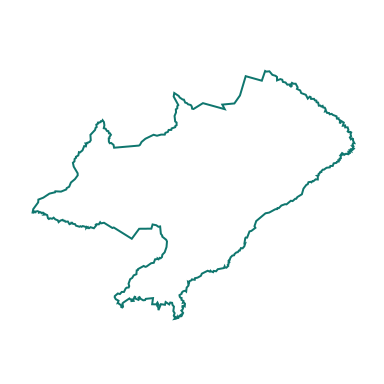 the district of Curuzú Cuatiá, Corrientes, Argentina, rotated 96°
{"feature_id": "61730980B48951068830804", "entity_name": "Curuzú Cuatiá", "entity_type": "district", "adm_level": 2, "iso_a3": "ARG", "parent_name": "Argentina", "parent_adm1": "Corrientes", "projection": "albers", "projection_center": [-58.213, -29.735], "detail": "fine", "context": "isolated", "style": "outline", "palette": "teal", "viewbox_px": 384, "rotation_deg": 96, "n_neighbors": 0, "source": "geoboundaries", "source_scale": "gbopen_adm2", "svg_char_len": 5975}
<svg xmlns="http://www.w3.org/2000/svg" viewBox="0 0 384 384"><g transform="rotate(96 192 192)"><path d="M319.1,193.9L318.7,192.4L317.1,192.1L315.5,190.4L316.8,190.3L316.6,189.5L313.2,188.2L311.0,190.2L310.1,189.2L308.2,188.7L307.4,189.6L306.4,189.5L306.4,188.5L305.8,188.1L306.3,187.3L303.9,187.3L302.7,188.5L303.1,189.5L301.3,189.1L300.3,191.2L298.5,191.3L298.4,192.3L297.5,193.2L295.9,193.7L294.3,191.7L293.0,191.6L291.6,190.3L290.9,188.4L291.6,187.4L287.6,187.3L285.4,185.7L282.0,186.5L282.7,185.4L281.0,185.3L279.8,183.2L278.9,182.9L279.0,180.1L277.4,180.0L276.6,177.5L274.4,174.4L272.2,173.7L268.7,168.2L269.3,166.1L268.6,165.6L269.2,165.3L268.9,164.5L269.5,162.6L268.2,162.1L268.3,159.7L266.1,158.3L264.3,152.3L262.6,151.8L263.6,151.3L263.7,149.9L261.7,148.2L260.8,148.8L259.8,148.1L258.6,148.3L258.1,147.6L256.8,148.5L255.9,148.0L256.3,147.6L253.0,146.8L251.0,145.2L250.5,143.5L249.2,143.2L247.4,141.5L247.1,140.2L245.3,139.2L245.3,138.4L242.7,137.5L242.7,135.8L240.6,134.3L238.1,133.8L238.5,134.3L237.9,134.5L232.4,134.2L231.7,133.8L231.6,132.4L225.2,130.7L224.5,128.9L221.0,125.2L219.5,126.3L214.2,125.1L205.5,116.7L204.4,113.1L200.4,107.3L200.1,105.6L199.0,105.3L199.0,104.0L196.1,101.7L194.4,98.2L194.4,96.7L190.4,92.8L190.5,91.0L187.9,88.6L187.8,87.6L186.0,86.7L182.8,82.5L177.0,81.5L172.9,79.0L172.2,77.7L170.1,77.2L169.5,75.2L169.9,74.2L168.5,73.3L168.6,72.4L166.5,70.4L166.4,68.2L163.0,68.5L162.7,69.1L162.2,67.8L160.6,67.9L160.1,67.0L158.9,66.7L158.6,65.5L157.9,65.6L156.1,64.3L156.0,63.2L153.8,60.7L153.1,57.5L151.6,57.1L151.4,54.8L148.7,54.1L147.9,51.4L146.9,51.1L146.3,49.3L145.1,49.8L144.6,48.4L143.4,48.7L142.9,47.5L140.8,47.9L139.8,47.1L139.8,48.1L137.6,46.8L137.8,46.4L139.4,47.1L138.5,44.9L139.1,44.5L137.9,42.9L138.1,40.4L137.4,39.9L137.0,40.5L136.6,39.9L136.1,40.2L136.3,39.2L134.4,39.7L134.7,38.7L134.1,39.2L132.9,38.7L132.7,37.9L133.4,37.8L132.8,37.2L133.4,36.9L132.0,35.6L131.5,36.6L130.4,36.5L129.7,37.3L129.6,36.3L127.9,37.3L126.4,36.7L126.4,35.7L124.1,37.2L122.4,37.4L122.0,38.4L123.0,39.5L121.2,40.7L119.9,39.6L117.8,40.4L116.1,39.9L115.7,40.7L116.1,42.6L115.5,43.5L113.9,42.9L111.4,44.0L111.7,46.4L109.8,46.7L110.3,48.9L107.1,48.3L105.9,50.8L107.7,51.6L107.6,52.2L105.2,52.3L104.3,53.9L103.4,54.0L103.8,55.6L101.6,56.2L100.6,60.0L99.7,61.3L100.3,63.2L99.1,64.0L99.2,66.0L97.5,67.1L97.9,68.1L95.9,67.7L94.3,68.7L94.2,70.4L92.7,71.1L93.5,72.3L92.6,73.4L92.9,74.9L89.9,75.9L89.7,77.5L88.1,77.9L88.0,79.4L86.6,80.4L87.0,83.3L85.1,84.0L84.9,84.9L87.0,86.6L83.4,89.0L82.2,93.7L79.7,95.0L78.5,98.4L76.8,97.9L73.5,100.2L73.7,102.4L73.0,104.0L73.8,104.4L76.1,103.9L76.8,104.6L76.2,105.6L74.8,105.8L75.3,108.4L73.3,110.4L73.0,113.1L70.9,114.0L70.5,115.9L72.1,119.1L68.7,119.5L67.7,121.1L67.1,124.3L63.9,127.6L64.5,130.7L64.0,131.9L74.0,134.2L71.2,150.7L91.0,154.4L99.5,159.1L101.9,171.0L106.2,168.1L102.5,190.4L109.3,199.2L109.1,200.6L106.9,201.2L105.6,202.4L105.2,205.1L104.1,206.4L103.8,208.1L101.0,209.7L101.0,211.0L99.3,214.1L97.9,215.2L95.4,220.0L99.0,220.2L107.0,214.7L108.2,215.6L110.4,215.4L111.5,216.7L114.5,216.2L118.2,217.3L123.6,216.1L124.5,214.6L127.2,214.3L128.2,215.5L129.3,215.5L130.9,218.9L132.4,219.1L132.7,221.7L134.8,222.3L135.9,224.6L137.8,225.1L138.1,228.6L139.7,232.7L139.1,236.2L143.9,243.9L147.5,247.4L150.6,248.7L151.4,249.7L156.1,274.1L153.3,275.0L151.7,277.5L152.1,278.9L150.7,279.9L147.4,280.4L147.1,279.7L145.9,279.9L143.6,278.6L142.1,279.9L142.3,280.7L140.2,281.6L140.1,283.1L138.1,284.5L137.8,286.4L134.8,286.1L131.7,286.9L130.0,288.4L130.8,288.7L131.1,290.0L132.1,290.2L132.8,292.7L133.6,292.4L135.0,294.2L137.4,293.6L138.3,294.6L140.4,294.9L145.8,299.0L151.1,298.1L152.9,299.0L154.0,301.3L154.5,301.2L154.8,303.0L156.3,302.2L157.7,302.3L157.6,304.0L162.1,305.3L164.4,307.6L164.2,308.6L167.5,308.9L169.1,311.1L170.1,310.9L171.5,312.2L173.8,312.1L175.4,313.5L179.1,312.3L185.3,307.7L187.4,307.4L191.5,309.8L195.2,313.4L199.6,314.7L201.2,317.0L202.6,317.3L205.3,322.3L205.6,328.0L206.6,328.2L208.5,333.6L213.2,339.3L215.6,344.0L218.4,343.9L225.6,348.1L229.1,348.4L229.1,347.3L227.9,346.6L228.4,345.5L227.7,345.3L227.2,343.5L227.7,342.0L228.5,342.0L227.9,340.4L228.8,339.3L228.1,338.1L229.1,336.3L230.0,337.0L229.9,336.1L229.3,336.0L230.1,333.6L233.1,332.5L233.8,331.5L233.0,330.5L233.2,328.3L232.0,326.9L233.5,325.1L234.2,322.5L235.9,321.5L234.2,319.9L233.2,317.7L234.0,317.0L233.9,315.6L234.8,314.8L234.3,312.4L236.8,310.5L236.1,309.1L235.2,308.9L235.1,308.0L236.1,307.1L236.2,304.9L237.6,303.9L238.3,300.3L237.7,299.4L238.1,298.1L237.3,297.1L237.9,293.6L238.6,293.5L237.9,293.1L238.4,292.7L237.8,291.9L238.8,291.4L238.7,290.4L237.6,289.3L238.3,285.8L235.3,283.8L234.6,284.3L234.0,283.7L233.9,281.3L231.7,280.2L232.7,279.2L231.8,276.3L236.1,267.4L235.5,266.1L244.8,247.0L234.1,240.7L232.7,228.6L228.4,227.8L228.8,224.0L230.1,221.8L229.6,220.1L236.8,218.6L238.4,217.1L239.5,216.9L242.2,212.7L243.8,211.7L249.4,211.6L254.9,212.9L257.4,214.9L259.9,215.1L261.2,216.3L260.9,217.2L262.4,218.2L261.7,219.3L262.3,219.3L262.8,221.7L266.4,222.6L267.1,225.2L270.9,229.5L271.3,230.6L270.6,232.3L274.3,237.6L275.3,237.7L275.7,238.8L279.6,238.7L281.0,241.3L283.7,242.5L285.2,244.4L289.9,245.5L292.1,244.6L293.6,245.0L294.0,247.0L294.9,247.9L298.5,249.2L298.7,251.4L301.0,253.0L300.7,255.2L303.6,257.9L304.7,257.9L306.6,256.6L307.8,253.7L310.2,254.3L309.7,253.0L310.4,253.6L312.1,250.6L313.8,250.3L314.1,249.2L313.3,248.6L310.1,249.5L309.1,248.7L304.4,243.1L305.2,242.2L305.1,239.8L306.0,240.9L306.8,240.8L306.4,238.7L305.5,239.2L302.2,238.1L302.3,237.5L303.9,237.2L304.9,233.9L303.8,233.4L302.6,234.1L302.0,233.2L303.6,231.9L304.8,229.2L304.4,227.4L303.1,226.8L301.6,219.7L307.8,219.9L307.5,215.8L305.6,214.8L307.7,213.5L309.0,214.6L310.4,213.4L313.0,213.0L306.8,211.2L307.0,207.1L304.2,206.7L306.2,202.9L304.2,202.1L304.3,200.2L306.3,199.6L307.9,198.0L312.4,198.1L314.3,196.6L317.0,197.2L318.0,196.4L317.9,195.8L318.9,195.5L320.1,196.2L319.7,194.8L318.2,194.0L319.1,193.9Z" fill="none" stroke="#0f766e" stroke-width="2"/></g></svg>